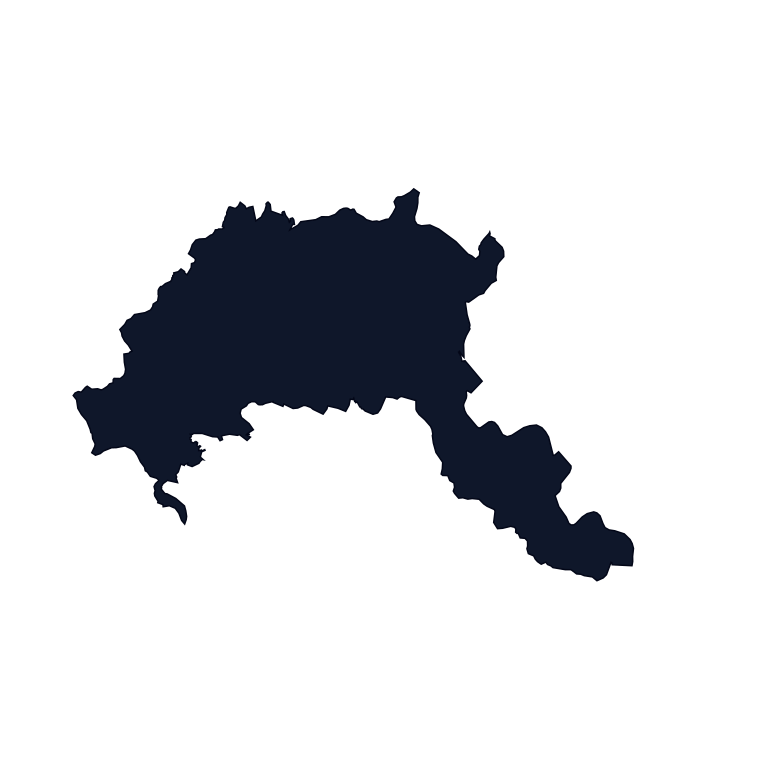 outline of VAD, Cluj, Romania, rotated 18°
{"feature_id": "2599482B24350957345977", "entity_name": "VAD", "entity_type": "district", "adm_level": 2, "iso_a3": "ROU", "parent_name": "Romania", "parent_adm1": "Cluj", "projection": "mercator", "projection_center": [23.717, 47.202], "detail": "fine", "context": "isolated", "style": "filled", "palette": "ink", "viewbox_px": 768, "rotation_deg": 18, "n_neighbors": 0, "source": "geoboundaries", "source_scale": "gbopen_adm2", "svg_char_len": 6165}
<svg xmlns="http://www.w3.org/2000/svg" viewBox="0 0 768 768"><g transform="rotate(18 384 384)"><path d="M273.9,467.9L268.0,463.4L258.8,459.9L256.2,456.3L255.9,452.0L259.9,447.3L260.7,444.4L263.6,441.7L267.1,440.7L270.8,442.4L272.2,442.2L274.9,441.2L277.2,439.0L283.9,434.9L284.1,435.7L294.8,436.5L294.9,434.0L305.1,435.4L309.4,433.5L314.2,429.2L316.3,428.7L321.6,428.9L324.4,430.0L335.4,431.5L337.4,425.4L337.3,422.2L347.8,421.3L356.0,421.9L357.3,415.0L356.6,408.8L359.2,408.4L359.6,406.8L361.5,409.7L362.3,409.2L362.9,410.4L364.2,409.5L368.1,413.3L368.8,413.0L370.3,414.4L371.7,414.2L374.4,415.5L382.9,416.2L386.9,413.5L388.4,408.7L389.6,395.8L396.5,394.2L401.1,394.3L402.9,391.5L404.6,390.4L419.5,389.9L422.3,398.2L423.3,399.5L426.8,402.2L433.8,405.3L441.3,409.8L443.6,412.3L445.9,416.5L445.9,418.1L449.2,424.9L454.6,433.1L464.0,440.3L465.7,446.7L466.2,452.0L468.1,452.8L473.0,451.4L476.4,455.5L481.1,456.5L483.0,460.4L483.0,464.4L484.9,466.2L490.3,469.5L494.1,467.8L499.3,467.6L503.2,465.7L510.1,464.2L515.8,467.2L519.8,468.4L527.8,469.3L529.0,470.9L531.1,481.8L536.7,486.5L541.3,484.6L548.5,480.2L552.7,479.9L554.3,481.4L555.0,484.3L556.7,485.0L557.8,484.5L561.1,488.3L565.8,487.2L569.0,489.0L570.7,493.8L570.8,496.5L573.7,500.7L579.5,501.2L582.0,503.8L584.9,505.5L589.2,506.8L593.0,503.4L595.3,505.1L599.0,505.4L601.4,506.4L613.5,504.6L619.3,502.8L625.9,505.1L629.9,504.1L633.6,504.4L641.8,503.1L647.3,505.3L652.4,500.7L654.5,496.7L655.0,483.4L656.1,483.7L656.8,485.4L676.0,480.2L675.4,476.0L673.7,471.1L672.1,463.3L669.3,459.0L666.1,455.9L658.8,452.3L648.8,452.3L643.2,453.2L638.6,452.3L635.3,449.0L630.2,442.6L626.3,440.8L623.0,440.8L617.3,444.5L613.6,449.2L609.8,457.1L608.1,459.3L605.6,460.2L603.0,459.5L598.4,454.3L588.2,446.7L581.2,437.3L584.1,432.0L584.3,428.4L582.8,423.9L587.7,410.8L587.9,406.4L587.2,404.2L571.0,394.5L568.4,398.8L567.0,399.6L556.9,383.6L552.3,379.5L547.7,376.8L541.7,375.9L535.5,378.7L530.4,382.3L521.4,393.3L517.4,396.1L512.4,395.5L505.1,388.7L501.0,386.4L498.1,386.4L495.4,387.7L489.5,395.6L487.7,396.6L485.6,395.9L471.8,387.3L469.0,384.4L466.4,380.2L466.0,378.2L466.6,371.8L466.1,369.3L464.6,366.0L465.2,364.6L469.5,365.5L476.5,351.0L454.0,336.9L453.3,337.9L452.9,337.3L451.2,338.4L448.5,333.9L445.0,330.6L445.5,329.6L449.9,332.9L451.8,333.9L447.4,321.5L447.0,317.9L447.3,312.6L448.7,305.0L447.6,303.6L447.7,302.1L447.1,300.7L441.6,292.4L436.1,281.2L437.8,279.5L438.6,280.2L439.4,279.8L446.6,270.0L450.7,267.0L451.3,263.9L454.9,255.0L458.8,250.8L457.3,247.9L454.9,236.8L455.5,233.1L458.6,225.9L456.7,220.7L454.1,217.5L446.0,213.6L445.0,212.8L444.6,211.6L438.5,210.5L438.5,208.4L437.6,206.9L437.4,208.3L434.2,215.4L432.8,219.7L433.0,221.6L432.1,223.4L432.5,226.6L434.2,228.2L435.1,232.4L432.6,236.9L427.9,235.1L423.7,234.5L408.4,226.4L388.3,219.7L378.5,218.6L370.7,222.0L366.1,222.0L362.9,219.3L361.3,215.5L361.1,206.9L360.2,201.2L358.5,195.9L358.4,191.2L352.0,189.2L349.8,193.3L345.1,198.6L342.7,200.6L339.4,201.8L338.3,203.2L337.3,207.6L340.6,211.8L340.7,212.6L339.6,219.0L337.7,225.6L335.0,226.8L329.3,231.1L326.8,231.2L322.7,233.1L316.4,233.2L312.5,231.5L304.8,230.1L301.5,227.1L300.3,227.3L298.6,228.9L295.3,228.1L293.6,228.4L291.2,229.5L288.2,232.3L285.3,237.7L279.8,242.1L273.0,244.2L268.3,248.8L254.7,255.4L253.1,259.6L246.9,266.5L247.8,260.5L249.5,259.9L247.6,255.9L246.4,254.8L245.6,254.4L243.7,255.8L244.7,258.1L244.0,259.4L242.2,256.8L238.4,254.1L235.8,250.8L234.6,251.4L234.1,252.9L235.4,254.9L223.1,254.5L220.3,248.4L217.7,246.8L217.0,247.1L216.1,249.1L216.9,250.7L217.1,256.0L216.1,259.9L215.8,263.0L211.7,268.5L204.4,255.7L201.1,257.6L198.9,259.9L196.6,257.6L191.1,255.6L190.5,259.5L188.9,262.5L187.6,263.1L182.8,263.1L181.8,263.9L181.4,269.5L182.1,271.4L181.4,274.9L181.9,277.6L181.2,279.8L181.7,284.3L183.3,284.4L183.5,285.0L182.3,286.6L178.8,287.7L178.2,288.6L176.0,289.5L175.8,291.7L174.7,294.9L173.1,296.0L169.5,300.9L163.6,303.2L160.6,305.3L158.6,310.8L158.6,316.2L157.8,320.5L164.9,322.8L166.4,324.1L166.3,327.1L163.7,329.0L164.7,333.0L162.9,341.1L159.9,339.8L159.6,338.7L155.4,337.3L153.6,340.8L149.7,343.3L150.5,344.7L149.6,346.2L150.1,347.7L149.5,348.4L149.9,350.3L149.3,352.4L145.1,356.1L142.8,359.8L141.4,360.4L140.6,362.5L140.3,364.6L141.6,368.8L142.3,369.6L143.1,375.2L139.8,379.3L140.1,382.0L139.1,385.8L134.7,390.0L125.2,395.1L123.1,400.1L120.0,402.8L119.0,407.5L115.9,413.8L118.5,416.3L120.1,419.4L124.0,423.2L128.8,426.0L134.2,430.6L132.4,432.2L132.0,433.6L127.4,435.9L130.3,443.5L133.7,449.9L134.3,453.8L133.9,456.5L131.5,460.3L125.6,462.1L125.1,463.4L126.0,466.6L122.9,468.7L121.7,471.7L118.3,475.9L116.8,477.0L113.2,477.0L107.6,479.3L102.4,477.8L101.1,479.5L98.6,485.3L95.5,485.7L93.0,488.0L92.0,491.0L96.5,494.0L100.4,501.8L105.7,506.5L112.6,510.8L118.5,517.8L120.3,520.8L121.6,521.1L123.9,526.1L127.8,530.2L128.2,532.7L127.3,539.7L131.6,540.9L135.7,537.8L137.9,534.4L144.6,528.8L148.9,527.3L157.0,522.9L164.6,523.8L167.5,524.9L171.7,528.2L176.4,533.2L181.9,537.1L183.8,540.3L186.1,540.8L190.3,544.0L196.9,543.9L199.4,544.9L199.5,545.8L197.5,549.4L197.0,552.6L199.3,556.2L199.4,558.9L200.6,561.3L205.4,565.4L205.5,566.8L211.0,567.0L211.9,569.0L217.5,566.1L223.9,566.7L228.9,570.3L233.7,576.3L237.7,578.8L237.8,574.2L237.2,570.9L234.7,565.9L231.9,561.6L221.3,557.2L211.6,555.5L209.4,555.9L204.7,552.8L204.5,551.1L203.9,550.6L204.7,547.0L207.8,542.6L218.2,541.6L215.3,537.7L215.6,536.5L213.9,534.6L215.5,531.2L215.5,523.0L219.2,523.1L219.1,522.4L221.8,520.0L222.1,521.6L227.0,521.8L232.5,516.6L233.1,514.4L234.5,511.9L235.4,511.8L232.4,510.5L231.8,509.5L231.6,504.8L234.3,502.4L233.8,501.8L231.5,503.8L230.5,503.2L229.9,504.4L229.0,504.0L228.3,504.5L227.7,502.6L228.8,499.9L227.9,499.6L226.6,501.0L225.5,500.6L224.7,499.9L225.1,499.2L224.6,498.6L225.0,497.7L223.6,496.9L223.1,497.8L222.3,497.2L221.2,498.9L218.9,498.8L218.2,498.3L217.7,496.4L216.5,496.5L216.0,495.0L216.7,494.6L216.9,493.0L215.3,491.7L217.4,491.1L218.1,489.9L226.3,487.2L237.2,487.1L242.2,485.8L245.6,488.6L247.6,486.8L245.5,483.7L246.3,483.0L252.6,479.5L260.5,478.1L262.2,476.8L271.2,480.0L273.4,475.8L268.7,475.0L269.3,473.9L272.0,473.7L269.8,472.9L273.9,467.9Z" fill="#0f172a" stroke="#020617" stroke-width="1.5"/></g></svg>